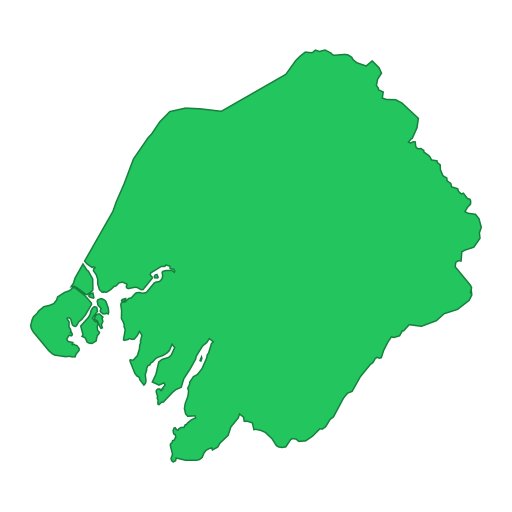 Boke, Boke, Guinea (Albers equal-area conic projection)
{"feature_id": "49546643B57120226425021", "entity_name": "Boke", "entity_type": "district", "adm_level": 2, "iso_a3": "GIN", "parent_name": "Guinea", "parent_adm1": "Boke", "projection": "albers", "projection_center": [-14.504, 11.069], "detail": "fine", "context": "isolated", "style": "filled", "palette": "green", "viewbox_px": 512, "rotation_deg": 0, "n_neighbors": 0, "source": "geoboundaries", "source_scale": "gbopen_adm2", "svg_char_len": 5975}
<svg xmlns="http://www.w3.org/2000/svg" viewBox="0 0 512 512"><path d="M421.4,326.3L436.4,320.7L444.1,313.7L457.5,309.4L469.1,300.4L471.8,295.0L471.4,291.5L470.2,293.5L471.6,287.8L470.5,285.3L455.2,266.8L455.8,262.3L458.5,260.7L461.1,261.0L461.8,251.8L465.3,250.0L473.8,247.2L480.0,238.3L479.4,232.9L481.3,227.3L479.0,218.8L475.5,214.3L467.7,213.2L465.0,211.6L467.5,207.3L470.5,204.2L470.7,201.2L470.0,199.3L467.3,198.4L463.4,193.2L461.2,193.9L458.4,191.3L457.7,188.7L451.6,186.9L450.8,183.4L447.1,180.9L446.8,178.0L442.9,175.7L440.4,169.6L440.2,164.9L437.2,162.4L437.0,160.8L431.6,160.0L429.5,156.2L423.8,151.9L423.8,150.5L420.9,148.5L417.8,148.8L415.8,146.8L415.2,141.9L413.1,141.8L410.5,143.0L408.5,142.2L410.9,139.1L412.2,138.5L417.0,127.8L418.4,118.4L401.9,103.0L395.6,99.7L386.5,99.5L382.3,98.1L383.2,92.0L378.7,89.9L378.2,87.9L376.4,85.5L377.6,79.2L381.5,73.2L379.0,67.7L372.2,60.9L366.1,66.0L356.5,62.6L353.0,59.6L351.8,57.3L348.0,54.9L344.9,54.4L334.0,55.3L332.2,54.5L331.0,53.1L325.0,50.0L319.4,51.5L315.4,50.1L312.6,52.5L310.8,52.7L305.3,52.1L300.1,56.2L295.6,60.7L285.9,74.3L221.3,111.3L200.2,108.8L185.4,108.1L169.8,111.6L159.8,121.8L151.7,133.9L148.2,137.6L133.5,158.9L124.1,183.9L116.1,202.2L112.9,211.4L84.6,261.1L87.1,264.0L92.1,267.5L93.5,266.7L95.1,267.8L93.7,268.9L93.4,270.7L96.3,274.9L97.7,279.3L97.7,283.9L99.4,289.6L102.1,292.2L103.2,292.3L103.9,291.5L105.1,292.3L106.8,292.1L110.5,289.8L113.9,286.6L116.2,285.8L118.9,282.9L122.6,282.1L127.1,284.3L126.2,286.8L126.9,288.0L128.3,288.6L134.6,287.3L137.0,287.4L141.1,289.7L143.0,289.6L152.2,278.3L152.2,277.1L150.1,274.7L150.8,272.9L161.1,266.5L164.9,266.4L165.7,265.0L169.8,266.1L170.2,268.5L173.8,269.2L174.8,271.4L174.3,272.3L171.9,270.4L166.1,270.5L162.9,271.3L162.1,272.3L162.7,275.7L162.1,278.4L160.7,280.4L159.2,281.6L155.9,282.1L154.2,283.0L146.4,292.5L142.5,293.3L139.6,292.5L136.8,292.7L135.5,293.3L131.3,297.9L128.8,298.4L124.9,302.1L122.3,302.1L121.1,303.2L120.8,305.0L121.6,310.6L121.4,318.5L123.3,322.1L124.3,325.2L124.0,326.5L125.2,329.6L123.5,339.7L124.1,340.4L128.1,339.5L129.3,338.5L132.3,339.4L134.3,339.1L137.1,335.8L139.5,331.4L141.9,335.2L140.4,341.4L140.6,342.9L139.7,345.3L139.4,349.1L137.3,355.7L133.6,359.8L132.6,360.2L130.2,359.8L129.9,360.9L134.9,373.4L137.1,376.2L139.1,377.2L140.0,379.9L143.9,385.1L145.4,383.4L146.0,381.0L145.3,374.5L146.7,369.9L146.6,368.5L147.9,365.6L149.7,365.0L151.1,362.7L152.6,362.0L155.4,358.8L157.5,357.4L162.9,355.5L166.8,353.1L169.4,350.6L172.0,344.3L174.7,347.5L171.4,354.8L170.3,356.0L168.6,357.4L162.1,359.4L158.8,361.9L155.9,374.4L152.3,382.0L159.0,385.1L163.9,382.9L165.1,385.0L162.8,387.8L163.0,388.9L161.8,389.0L161.5,390.6L160.8,390.6L159.8,388.9L157.6,389.1L156.3,390.5L156.2,392.0L157.7,396.8L157.1,398.0L158.1,400.1L157.8,403.9L158.9,404.7L161.6,402.2L163.3,402.1L172.8,392.1L175.9,389.6L181.2,387.3L183.8,378.7L190.2,368.9L195.7,359.0L196.1,356.5L202.5,346.0L206.7,342.6L209.3,338.6L213.3,341.8L211.5,343.5L208.6,352.9L207.3,354.8L206.6,358.2L202.0,368.7L197.3,374.6L193.4,376.7L189.7,382.2L189.6,384.3L187.7,388.3L188.6,390.9L187.9,396.2L185.2,403.6L184.4,408.6L185.6,413.8L187.7,416.3L195.0,415.8L195.6,417.9L191.3,419.9L187.4,423.1L186.5,424.5L185.3,424.7L184.0,427.4L181.2,427.4L179.1,428.6L178.1,430.1L176.5,429.7L175.2,427.7L174.0,428.1L173.1,430.8L173.5,433.0L174.1,434.3L175.2,434.6L175.8,436.8L174.1,440.3L172.6,440.6L171.9,442.9L170.6,443.7L170.3,445.2L172.5,454.4L171.0,458.5L171.6,460.6L173.2,462.0L175.6,460.7L176.2,458.0L185.7,460.3L196.5,460.2L199.4,459.6L202.2,457.4L203.9,453.1L206.0,450.4L208.4,448.9L211.7,447.9L212.4,450.0L217.7,447.1L219.9,443.2L228.1,435.4L230.9,426.9L238.2,418.0L239.5,414.0L243.6,417.2L244.2,421.3L247.6,421.3L252.4,422.9L253.9,429.7L255.7,429.3L260.8,430.4L265.3,432.4L272.0,438.7L276.3,445.5L278.4,446.9L281.8,447.5L285.8,446.9L290.7,439.5L292.7,438.6L296.1,439.1L298.8,441.4L305.6,440.9L312.5,436.2L319.9,428.8L322.3,429.1L325.6,426.8L330.2,419.3L333.4,417.0L343.5,398.1L347.6,393.1L352.1,391.4L360.3,376.8L370.3,364.5L372.9,362.6L375.3,358.5L377.1,357.3L379.4,358.2L381.3,357.7L383.6,350.5L387.9,342.1L391.3,336.9L393.8,337.5L399.6,335.8L402.3,330.9L403.7,330.8L409.2,324.7L421.4,326.3ZM85.4,314.9L91.6,304.3L91.3,302.9L84.9,295.6L75.0,287.8L72.6,287.8L69.9,290.5L64.6,292.4L57.6,296.9L56.6,300.0L53.8,303.6L49.4,305.4L43.8,306.7L38.6,311.0L36.9,313.6L33.5,316.7L32.1,319.8L30.7,325.6L31.3,328.5L33.3,332.0L48.8,350.7L52.3,353.8L54.7,355.1L65.5,356.7L69.6,356.3L72.0,356.9L75.3,356.8L75.7,354.7L79.1,350.4L79.2,348.7L76.8,345.5L75.0,345.1L74.0,344.2L72.5,344.7L72.0,344.2L72.8,342.5L68.1,341.5L66.7,339.1L69.0,335.4L71.6,335.8L72.4,334.6L71.8,332.9L70.4,332.6L71.1,331.7L70.4,329.0L69.0,327.0L69.1,321.9L67.1,318.9L67.5,317.9L69.5,317.8L70.8,319.2L72.3,324.7L73.5,325.9L75.3,326.5L76.5,325.7L78.6,322.0L81.9,319.3L85.4,314.9ZM91.9,343.5L96.1,341.0L97.2,335.8L99.2,333.4L99.4,332.3L97.6,330.3L97.2,326.6L98.0,323.6L97.2,322.1L94.9,321.4L92.4,318.0L97.5,311.2L96.7,307.3L94.3,306.6L92.5,308.2L91.0,310.7L90.1,314.5L88.3,317.5L80.7,326.0L83.0,334.7L82.0,336.4L85.1,337.7L87.2,342.2L89.1,343.1L91.9,343.5ZM92.7,279.0L88.3,271.0L86.8,270.0L83.0,264.0L75.1,277.9L73.4,283.3L71.1,286.7L74.1,286.2L77.5,288.1L85.6,294.2L87.2,294.7L92.4,290.8L92.9,289.4L92.7,279.0ZM108.7,312.3L108.3,308.2L106.0,301.7L104.9,300.3L102.4,298.9L100.7,298.7L97.8,299.8L97.2,301.2L98.0,305.2L101.0,308.3L100.2,311.1L100.9,312.1L103.1,313.9L105.6,313.8L106.6,313.2L108.2,314.0L108.7,312.3ZM101.0,328.4L102.4,327.8L101.4,324.9L102.9,321.3L102.0,317.9L102.9,317.1L99.6,314.0L97.9,314.0L95.6,315.5L94.3,319.1L97.4,320.9L99.6,326.2L101.0,328.4ZM93.9,297.7L92.9,293.0L90.9,293.7L88.9,295.4L89.0,296.4L90.1,297.2L93.2,298.2L93.9,297.7ZM157.7,277.9L158.2,277.2L156.9,274.5L155.3,274.9L154.2,276.7L154.5,277.8L157.7,277.9ZM125.7,299.8L125.7,298.5L122.4,299.4L121.5,300.5L121.8,301.3L123.1,301.6L125.7,299.8ZM201.9,358.3L201.5,356.9L200.0,360.6L200.9,361.1L201.9,358.3Z" fill="#22c55e" stroke="#15803d" stroke-width="1.5"/></svg>